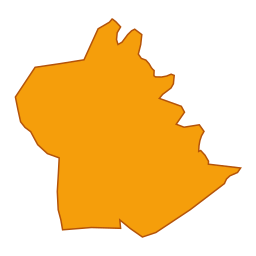 map outline of Bərdə (orthographic projection)
{"feature_id": "AZE-1696", "entity_name": "Bərdə", "entity_type": "District", "adm_level": 1, "iso_a3": "AZE", "parent_name": "Azerbaijan", "parent_adm1": "", "projection": "orthographic", "projection_center": [47.272, 40.358], "detail": "fine", "context": "isolated", "style": "filled", "palette": "amber", "viewbox_px": 256, "rotation_deg": 0, "n_neighbors": 0, "source": "natural_earth", "source_scale": "10m", "svg_char_len": 1002}
<svg xmlns="http://www.w3.org/2000/svg" viewBox="0 0 256 256"><path d="M120.6,228.3L91.4,227.5L62.6,229.8L60.8,219.6L58.2,209.8L57.3,191.5L58.4,173.2L59.2,157.9L47.4,153.6L37.7,144.7L30.7,131.7L25.0,127.4L20.6,121.8L17.9,109.5L15.4,97.0L35.1,67.3L60.3,63.6L84.0,59.8L98.1,28.8L109.4,22.2L112.1,19.0L112.6,19.2L115.9,21.8L120.6,26.9L117.2,32.7L116.5,39.6L118.0,44.5L122.0,42.2L127.7,34.6L131.6,30.8L134.7,29.2L141.8,34.6L140.7,44.6L138.3,54.1L141.3,58.4L145.9,60.1L149.1,63.8L151.3,67.6L152.7,69.3L154.1,70.5L153.9,75.7L155.4,76.9L161.6,77.0L166.5,76.1L171.1,74.2L174.2,75.4L173.4,83.8L171.0,88.0L162.7,94.3L159.3,98.4L181.3,106.3L184.5,112.2L176.2,124.2L184.0,127.2L199.3,124.8L204.0,131.4L201.5,135.8L199.9,140.6L199.0,145.7L198.7,151.4L200.7,150.5L205.0,155.2L207.6,159.7L208.5,161.2L208.4,164.2L240.6,168.0L237.5,172.5L229.9,175.8L226.5,179.0L224.5,183.3L224.5,183.5L190.2,209.7L155.9,232.5L142.4,237.0L130.4,228.6L119.8,219.9L120.6,228.3Z" fill="#f59e0b" stroke="#b45309" stroke-width="1.5"/></svg>